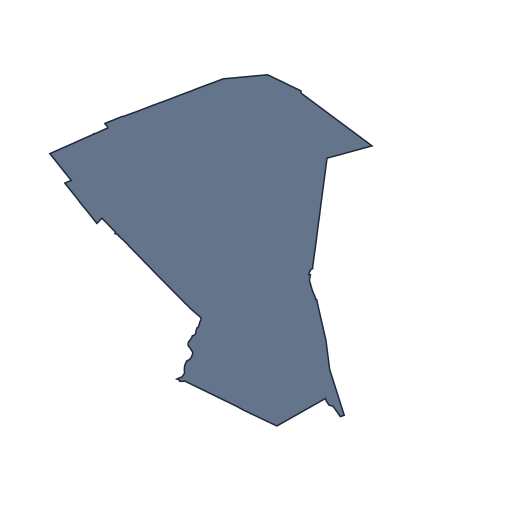 El Carmen, Nuevo León, Mexico, rotated 157°
{"feature_id": "50627088B1236643819517", "entity_name": "El Carmen", "entity_type": "district", "adm_level": 2, "iso_a3": "MEX", "parent_name": "Mexico", "parent_adm1": "Nuevo León", "projection": "mercator", "projection_center": [-100.342, 25.914], "detail": "fine", "context": "isolated", "style": "filled", "palette": "slate", "viewbox_px": 512, "rotation_deg": 157, "n_neighbors": 0, "source": "geoboundaries", "source_scale": "gbopen_adm2", "svg_char_len": 3522}
<svg xmlns="http://www.w3.org/2000/svg" viewBox="0 0 512 512"><g transform="rotate(157 256 256)"><path d="M237.0,74.9L232.5,122.8L224.5,151.3L219.0,182.3L218.4,185.7L217.1,192.2L218.0,192.5L217.7,195.0L217.6,196.2L217.6,197.9L217.6,200.5L217.6,202.5L216.3,212.9L213.2,217.5L214.8,218.4L213.9,219.4L212.3,220.8L210.1,222.6L208.9,222.1L208.6,222.6L208.5,222.8L207.7,224.5L204.0,230.7L203.9,230.9L203.8,231.0L203.7,231.2L199.9,237.5L195.0,245.8L188.4,257.2L186.8,259.8L186.5,260.4L185.2,262.6L184.2,264.2L181.8,268.3L181.5,268.8L181.4,268.9L181.2,269.4L181.0,269.6L179.3,272.6L177.8,275.2L152.4,318.3L106.2,312.0L139.8,369.4L149.5,386.0L150.7,388.0L150.3,390.3L150.2,390.4L150.3,390.7L152.9,393.7L153.1,393.9L153.3,394.1L174.5,418.3L181.1,420.4L184.1,421.4L191.7,423.8L193.2,424.3L193.7,424.4L194.4,424.7L194.6,424.7L197.7,425.7L203.8,427.7L204.2,427.8L208.6,429.2L209.9,429.6L210.1,429.7L211.4,430.1L212.1,430.3L213.3,430.7L215.0,431.3L217.1,431.9L228.4,432.4L229.6,432.5L230.6,432.5L231.7,432.6L232.8,432.6L233.8,432.7L234.8,432.7L235.8,432.7L236.8,432.8L237.8,432.8L238.8,432.9L239.7,432.9L242.0,433.0L246.7,433.2L247.0,433.2L247.7,433.2L249.9,433.2L250.6,433.2L263.4,433.8L273.1,434.1L276.4,434.2L291.3,435.0L299.4,435.2L301.4,435.3L306.2,435.4L312.2,435.7L316.9,436.0L323.3,436.3L324.1,436.5L324.3,436.7L324.6,436.8L325.1,436.8L325.5,436.8L329.4,436.8L337.6,437.0L342.9,437.1L343.2,437.1L343.4,437.0L343.4,436.8L343.4,436.6L342.3,433.4L342.2,433.0L342.3,432.5L342.4,432.1L342.6,431.8L357.4,431.5L357.7,432.0L358.3,431.5L360.2,431.5L369.1,431.4L385.7,431.1L393.2,431.0L398.8,430.9L399.0,430.9L404.1,430.8L405.8,430.8L403.1,421.3L402.8,420.1L402.4,418.8L402.1,417.5L401.7,416.3L401.4,415.0L401.0,413.6L400.6,412.2L399.3,407.4L398.9,406.1L398.5,404.8L398.2,403.6L397.8,402.3L397.5,401.0L397.1,399.8L396.8,398.5L396.5,397.7L399.0,397.8L403.0,397.9L402.9,397.5L403.5,397.5L401.6,390.9L398.9,381.4L398.1,378.4L397.7,377.0L397.2,374.5L395.6,368.8L394.7,366.0L392.7,359.1L392.2,357.0L392.1,356.8L391.3,353.7L389.7,348.1L383.2,351.0L381.6,347.3L379.6,342.2L377.8,337.5L377.8,337.2L377.7,336.9L376.6,334.5L375.9,332.9L376.9,332.2L377.1,332.0L377.1,331.8L377.0,331.6L376.7,331.4L375.0,329.8L374.8,329.4L374.6,329.0L374.6,328.4L374.4,327.8L373.8,326.6L373.0,324.4L372.1,323.0L371.5,321.5L371.1,320.3L370.0,318.0L368.5,313.2L368.2,312.6L368.0,312.1L367.8,311.9L367.3,310.9L367.2,310.7L367.2,310.3L367.1,309.7L366.1,307.3L365.8,306.8L365.7,306.4L360.8,293.7L360.6,292.9L360.4,292.7L358.6,288.1L354.8,278.1L352.1,271.3L352.0,271.2L340.0,240.9L340.0,240.7L339.4,239.4L339.2,239.0L338.9,238.2L338.2,236.9L337.9,236.1L337.8,235.5L336.5,232.3L330.9,221.0L331.6,218.5L332.0,218.2L332.6,218.0L333.7,216.9L335.7,214.4L336.9,213.3L337.3,213.0L337.7,212.9L337.9,212.9L338.1,213.0L338.4,212.9L338.8,212.6L342.3,207.9L343.2,207.4L344.0,207.3L344.6,207.2L345.0,207.3L345.7,207.5L346.9,206.1L348.0,205.4L350.1,204.1L351.5,203.4L352.2,202.7L352.8,201.7L353.3,200.5L353.4,200.1L353.3,199.4L353.0,198.0L352.8,197.8L352.6,197.5L352.6,197.2L352.6,196.2L351.9,192.7L351.9,192.2L352.0,191.6L354.1,189.0L355.2,188.0L356.6,187.1L357.8,186.8L358.9,186.5L359.7,186.5L360.4,186.6L360.7,186.6L363.2,184.3L364.1,183.3L364.9,182.2L365.7,180.8L366.8,178.5L367.5,176.1L369.9,174.6L371.6,173.4L371.9,173.4L372.7,173.8L377.0,173.7L375.3,172.1L375.2,171.1L375.2,170.5L373.9,169.8L370.5,168.7L332.4,125.0L327.4,118.6L303.2,91.4L247.7,97.7L248.0,95.3L247.0,90.2L243.8,87.6L242.5,81.7L241.1,75.2L237.0,74.9Z" fill="#64748b" stroke="#1e293b" stroke-width="1.5"/></g></svg>